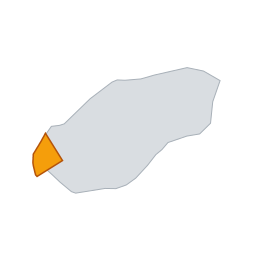 location of 97, Ar Rayyān, Qatar, rotated 58°
{"feature_id": "91078587B85294401922232", "entity_name": "97", "entity_type": "district", "adm_level": 2, "iso_a3": "QAT", "parent_name": "Qatar", "parent_adm1": "Ar Rayyān", "projection": "albers", "projection_center": [50.974, 24.595], "detail": "fine", "context": "in_parent", "style": "filled", "palette": "amber", "viewbox_px": 256, "rotation_deg": 58, "n_neighbors": 0, "source": "geoboundaries", "source_scale": "gbopen_adm2", "svg_char_len": 1143}
<svg xmlns="http://www.w3.org/2000/svg" viewBox="0 0 256 256"><g transform="rotate(58 128 128)"><path d="M137.7,214.4L127.6,217.0L118.2,219.7L110.3,219.6L104.0,218.5L99.8,215.9L91.7,205.6L86.0,192.1L89.5,184.6L90.7,179.9L83.1,144.5L80.6,117.3L81.5,111.7L85.9,105.3L93.2,91.1L97.1,77.5L108.1,45.9L119.7,33.8L136.6,24.8L150.6,42.2L167.7,55.5L171.0,70.4L166.0,82.5L161.5,101.8L164.3,110.7L165.3,118.4L170.0,131.2L174.6,148.0L175.4,159.6L173.0,170.4L167.1,179.5L155.5,206.9L152.0,209.7L137.7,214.4Z" fill="#d9dde1" stroke="#a8b0b8" stroke-width="1"/><path d="M88.7,200.8L88.8,201.0L89.5,202.2L90.3,203.5L91.1,205.0L91.9,206.5L92.8,208.0L93.7,209.7L94.4,211.2L95.2,212.6L96.0,214.2L96.8,215.9L97.7,217.6L98.5,219.2L99.3,220.8L99.8,221.9L100.4,222.5L102.2,223.6L102.4,223.9L102.9,224.2L103.7,224.7L104.3,225.1L104.8,225.5L105.2,225.8L105.8,226.2L106.7,226.8L107.2,227.1L107.6,227.3L108.1,227.5L109.2,228.0L110.5,228.5L111.5,228.8L112.3,229.1L113.6,229.5L115.8,230.3L116.5,230.5L117.2,230.7L118.1,231.0L118.8,231.2L120.3,230.9L120.5,230.9L120.9,230.8L120.9,217.6L120.9,200.8L88.7,200.8Z" fill="#f59e0b" stroke="#b45309" stroke-width="1.5"/></g></svg>